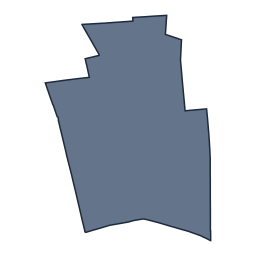 Romanu, Braila, Romania
{"feature_id": "2599482B95882755808747", "entity_name": "Romanu", "entity_type": "district", "adm_level": 2, "iso_a3": "ROU", "parent_name": "Romania", "parent_adm1": "Braila", "projection": "equal_earth", "projection_center": [27.72, 45.306], "detail": "fine", "context": "isolated", "style": "filled", "palette": "slate", "viewbox_px": 256, "rotation_deg": 0, "n_neighbors": 0, "source": "geoboundaries", "source_scale": "gbopen_adm2", "svg_char_len": 1584}
<svg xmlns="http://www.w3.org/2000/svg" viewBox="0 0 256 256"><path d="M210.7,240.6L210.6,230.9L210.4,230.9L210.4,220.6L210.4,210.2L210.3,199.6L210.2,199.6L210.3,199.2L210.3,189.1L210.3,178.9L210.3,178.6L210.2,175.0L210.2,162.9L210.2,162.6L210.2,158.0L210.1,156.2L209.8,149.5L209.6,146.2L209.2,139.5L208.5,130.2L208.0,124.3L207.5,118.4L206.6,108.9L195.8,109.8L187.3,110.6L185.1,110.8L182.5,83.0L180.5,60.1L181.5,39.8L165.4,34.4L166.7,15.4L165.9,15.4L164.1,15.5L159.4,15.8L152.8,16.2L144.3,16.8L137.0,17.2L132.7,17.5L132.8,18.3L132.9,21.1L111.8,22.6L102.1,23.3L101.1,23.3L91.3,23.9L87.6,24.1L82.0,24.4L82.0,24.7L82.3,25.1L85.2,30.3L89.9,38.4L98.8,54.0L99.2,55.1L99.1,55.4L85.2,58.7L86.4,64.2L86.7,65.1L89.3,77.3L87.2,77.6L79.8,78.4L68.5,79.8L65.1,80.2L55.0,81.6L45.3,82.9L49.8,96.1L52.9,104.7L53.0,104.8L53.2,105.0L57.2,116.7L57.3,116.9L57.4,117.0L57.5,117.0L57.8,117.1L58.0,117.2L58.2,117.5L58.3,118.0L58.3,120.0L58.4,120.6L60.8,130.6L61.9,135.1L64.8,147.3L64.8,147.5L65.0,148.0L65.2,148.9L65.6,150.7L66.2,153.2L66.5,154.9L71.7,175.3L73.4,182.7L74.0,185.1L75.8,192.5L76.1,193.9L79.3,207.6L82.5,221.4L84.5,229.6L85.0,231.9L85.1,232.5L85.1,232.4L86.0,232.3L89.0,231.4L94.0,229.9L98.3,228.7L102.6,227.4L107.3,226.0L109.6,225.3L110.2,225.2L121.8,223.2L128.5,222.0L133.4,220.6L142.7,219.0L143.4,219.0L145.9,219.4L147.5,219.8L149.0,220.2L152.1,221.0L157.9,222.5L165.7,224.8L169.7,226.0L173.7,227.1L176.6,228.0L188.3,231.3L200.9,235.8L201.1,235.9L202.0,236.4L203.3,237.0L207.5,239.0L208.2,239.4L209.7,240.2L210.5,240.6L210.7,240.6Z" fill="#64748b" stroke="#1e293b" stroke-width="1.5"/></svg>